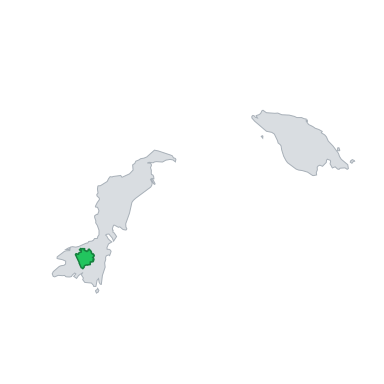 Tongod, Sabah, Malaysia shown in context, rotated 156°
{"feature_id": "92858781B32366551894999", "entity_name": "Tongod", "entity_type": "district", "adm_level": 2, "iso_a3": "MYS", "parent_name": "Malaysia", "parent_adm1": "Sabah", "projection": "mercator", "projection_center": [116.895, 5.08], "detail": "fine", "context": "in_parent", "style": "filled", "palette": "green", "viewbox_px": 384, "rotation_deg": 156, "n_neighbors": 0, "source": "geoboundaries", "source_scale": "gbopen_adm2", "svg_char_len": 6572}
<svg xmlns="http://www.w3.org/2000/svg" viewBox="0 0 384 384"><g transform="rotate(156 192 192)"><path d="M325.5,191.1L323.5,190.7L320.6,188.9L317.7,188.3L309.3,188.3L308.1,187.8L306.4,188.8L303.5,187.9L301.8,188.0L300.0,189.1L297.3,188.1L296.1,189.7L294.4,190.7L292.5,194.9L292.1,199.9L292.5,203.0L291.6,204.7L291.3,208.2L290.7,209.8L288.3,210.4L287.3,209.9L285.1,212.1L284.6,212.9L284.5,216.4L286.2,217.5L286.1,218.2L282.7,221.0L279.7,222.7L279.2,224.1L280.4,227.1L279.9,228.5L278.3,229.2L277.2,233.1L275.7,235.5L275.2,235.8L273.1,235.0L265.2,236.1L262.8,238.1L260.6,239.3L258.8,238.2L257.9,238.3L250.4,236.1L250.1,234.2L249.4,233.9L241.7,234.0L236.9,236.0L235.2,240.9L232.6,241.4L230.8,243.0L227.4,242.9L225.4,243.3L222.2,242.5L219.1,242.4L209.3,245.5L206.2,243.3L196.7,234.6L195.3,233.1L195.0,230.5L194.0,230.0L193.6,229.3L193.4,228.5L194.9,226.3L196.4,229.1L198.8,230.7L202.9,231.7L206.8,231.4L212.1,234.2L213.9,234.7L215.7,234.5L219.1,236.6L221.1,236.7L218.4,235.2L217.9,234.1L218.2,232.8L220.0,231.1L220.3,228.4L221.6,225.7L221.9,224.5L220.9,223.5L220.7,221.9L221.4,219.6L223.2,220.8L224.8,220.5L224.7,216.4L225.9,214.6L227.7,213.3L246.0,209.2L249.0,208.2L251.1,207.0L257.7,198.1L265.5,189.9L266.6,186.9L266.5,184.9L267.0,184.4L267.8,184.1L269.5,185.2L270.4,186.0L272.1,189.5L273.6,189.7L276.2,193.1L276.8,193.5L277.5,193.2L279.5,191.1L280.1,189.5L279.6,189.2L280.6,187.4L279.7,186.2L279.0,182.0L283.6,179.0L283.6,182.5L285.0,187.4L287.2,188.1L288.4,187.8L287.8,186.3L287.6,183.4L286.9,181.5L285.5,179.0L289.4,178.5L292.3,175.8L292.8,174.2L290.9,173.2L290.1,171.9L290.1,170.6L293.1,167.4L293.5,168.3L295.4,168.6L296.3,168.5L297.6,167.3L298.3,165.4L300.6,162.8L301.9,158.7L307.8,152.2L312.4,144.5L313.3,145.1L313.6,147.2L312.6,150.9L314.6,150.0L318.2,144.8L320.2,145.7L320.1,147.1L320.9,149.7L326.7,153.0L327.5,156.4L326.2,157.6L326.7,160.8L326.2,161.9L324.3,162.8L329.5,161.9L332.6,160.0L334.4,163.1L331.4,164.4L332.1,165.7L334.9,164.9L336.6,163.8L338.3,164.1L340.9,165.4L341.8,166.1L342.3,167.6L344.2,168.2L348.2,170.3L351.9,170.3L353.1,171.3L353.0,174.1L351.1,175.7L343.5,178.0L341.6,177.9L338.8,177.1L336.8,177.6L335.5,180.2L337.8,182.8L341.7,185.6L342.3,186.3L341.5,187.6L332.6,189.7L330.8,189.5L327.5,188.2L325.5,191.1ZM38.6,153.6L39.6,149.8L41.0,149.6L42.4,151.8L47.0,153.5L48.4,152.9L49.1,153.3L49.7,153.8L51.0,156.8L54.0,156.9L54.4,161.6L53.0,163.4L52.8,164.7L55.0,166.9L56.2,166.3L57.3,164.4L62.3,162.4L64.3,164.5L66.1,164.5L67.5,163.8L68.5,161.2L70.5,159.3L71.2,156.9L74.1,157.5L75.1,158.0L78.3,163.1L82.5,166.7L85.7,168.7L87.6,170.6L92.8,179.9L93.4,182.8L93.7,187.4L92.9,194.2L91.9,197.7L92.1,199.3L93.4,201.8L93.0,204.1L93.2,211.4L94.8,214.0L99.3,217.2L106.0,231.3L107.2,235.3L106.5,236.8L105.3,237.2L104.3,236.4L103.7,234.5L102.1,233.0L102.3,235.7L99.4,235.4L97.4,235.8L95.0,237.8L93.9,237.8L91.8,234.2L84.3,230.2L81.5,229.2L78.6,226.1L71.9,222.7L67.7,219.4L66.0,217.4L61.7,215.5L59.8,213.4L58.0,212.2L58.9,210.2L58.0,206.2L55.0,202.6L53.5,200.1L50.7,197.5L48.4,194.4L49.8,193.5L47.5,190.1L46.8,187.7L46.8,183.1L44.5,176.7L42.5,167.7L42.8,164.5L42.3,161.1L38.6,153.6ZM318.4,141.5L317.4,142.4L317.1,140.0L318.5,138.7L320.4,138.5L320.4,140.7L320.0,141.3L318.4,141.5ZM34.2,153.2L35.3,154.9L34.5,156.0L33.8,155.7L32.5,156.5L31.0,154.8L30.9,154.0L32.6,154.1L34.2,153.2ZM223.9,220.0L223.4,220.2L222.6,219.6L222.4,214.6L222.9,214.1L223.7,215.1L223.9,220.0ZM42.2,170.6L41.0,173.0L39.8,172.7L40.0,170.0L40.7,169.7L42.2,170.6ZM330.6,190.8L328.3,191.1L326.7,191.1L326.9,189.7L327.7,189.5L330.6,190.8ZM106.1,214.7L104.8,214.8L104.5,214.2L105.5,212.4L106.1,214.7ZM58.3,210.5L57.5,210.8L57.6,209.8L58.2,209.2L58.3,210.5Z" fill="#d9dde1" stroke="#a8b0b8" stroke-width="1"/><path d="M317.1,185.6L317.3,185.3L317.5,185.1L317.8,185.1L318.0,185.0L318.3,184.9L318.2,184.6L317.9,184.3L317.7,184.1L317.4,184.0L317.2,184.0L316.9,183.8L316.9,183.6L316.9,183.4L317.2,183.2L317.3,183.1L317.4,182.9L317.5,182.5L317.5,182.3L317.6,182.2L317.8,182.3L318.2,182.4L318.3,182.3L318.5,182.3L318.9,182.4L319.0,182.5L319.5,182.5L320.2,182.3L320.4,182.2L320.6,182.0L320.6,181.7L320.8,181.5L320.9,181.4L321.0,181.3L321.3,181.3L321.5,181.4L321.6,181.6L321.8,181.8L322.0,181.8L322.3,182.1L322.3,182.3L322.5,182.5L322.9,182.7L323.2,182.7L323.4,182.6L323.5,182.4L323.8,182.3L323.9,182.2L324.0,182.0L324.0,181.9L324.0,181.6L323.9,181.4L323.8,181.2L323.7,180.9L323.8,180.8L323.9,180.5L323.9,180.2L323.7,172.8L323.8,173.0L324.0,172.9L324.0,169.3L324.0,167.9L323.9,167.7L323.5,167.5L323.3,167.3L323.2,167.2L323.1,166.9L323.1,166.6L322.9,166.4L322.5,166.6L322.3,166.6L322.0,166.7L321.8,166.9L321.5,167.0L321.2,167.1L321.0,167.5L320.8,167.9L320.5,168.2L319.4,168.4L319.2,168.5L319.0,168.4L318.7,168.3L318.2,168.2L317.6,168.3L317.4,168.2L317.3,167.9L317.2,167.7L316.7,167.6L316.3,167.7L316.0,167.6L315.8,167.5L315.3,167.4L314.7,167.1L314.4,167.3L314.4,167.5L314.2,167.6L314.1,167.9L314.1,168.1L314.1,168.4L314.0,168.5L313.9,168.6L313.7,168.7L313.4,168.9L313.4,169.0L313.5,169.1L313.4,169.4L313.2,169.4L312.9,169.4L312.7,169.3L312.3,169.2L312.2,169.0L312.1,168.9L311.7,168.9L311.4,168.7L311.2,168.7L310.8,168.6L310.7,168.6L310.4,168.8L310.2,168.9L310.1,169.2L310.2,169.3L310.3,169.5L310.4,169.9L310.3,170.0L310.2,170.2L309.8,170.2L309.4,170.0L309.2,170.0L309.3,170.4L309.2,170.6L309.2,170.8L309.1,171.0L308.9,171.1L308.8,171.4L308.9,171.6L309.0,171.8L309.2,172.1L309.3,172.3L309.4,172.5L309.2,172.6L308.8,172.5L308.6,172.6L308.5,172.8L308.4,172.9L308.3,173.0L308.1,173.2L307.9,173.2L307.7,173.2L307.5,173.3L307.4,173.5L307.2,173.7L307.1,173.9L307.1,174.0L307.3,174.3L307.2,174.6L307.3,175.2L307.5,175.1L307.5,175.3L307.5,175.5L307.8,175.6L308.1,175.7L308.1,175.9L308.1,176.0L308.3,176.3L308.6,176.5L308.6,176.9L308.6,177.1L308.7,177.3L308.7,177.5L308.4,177.7L308.4,177.8L308.3,178.0L308.3,178.4L308.4,178.6L308.4,178.9L308.4,179.0L308.4,179.3L308.5,179.6L308.5,179.8L308.6,180.0L308.7,180.3L309.0,180.6L309.0,180.8L309.1,181.1L309.1,181.3L309.1,181.5L309.5,181.7L309.8,181.7L310.1,181.7L310.2,181.3L310.2,181.2L310.3,181.2L310.5,180.9L310.8,180.8L311.0,180.6L311.4,180.7L311.6,180.6L311.8,180.7L312.1,180.9L312.3,180.5L312.5,180.6L312.7,180.8L312.7,181.0L312.8,181.2L312.9,181.4L313.0,181.4L313.1,181.5L313.4,182.0L313.5,182.0L313.8,182.2L313.8,182.3L314.0,182.5L313.8,182.7L313.9,182.9L313.9,183.0L313.7,183.2L313.5,183.3L313.2,183.6L313.3,183.9L313.7,183.8L313.8,183.9L313.9,184.0L314.1,184.1L314.3,184.4L314.6,184.7L315.2,184.7L315.4,184.8L315.5,184.8L315.8,184.9L315.9,185.0L316.0,185.1L316.3,185.4L316.6,185.6L316.9,185.7L317.1,185.6Z" fill="#22c55e" stroke="#15803d" stroke-width="1.5"/></g></svg>